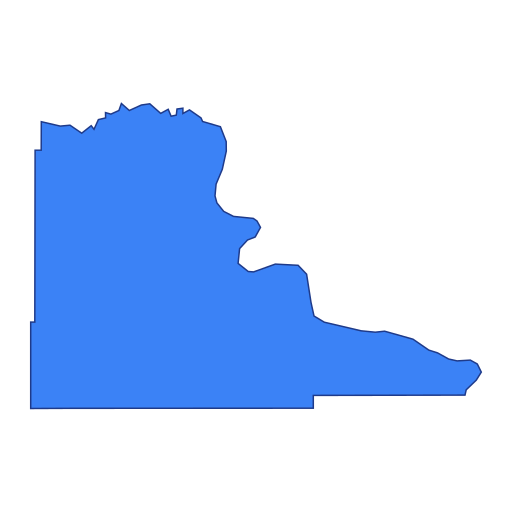 Stanley, South Dakota, United States of America (Mercator projection)
{"feature_id": "52423323B54523743279075", "entity_name": "Stanley", "entity_type": "district", "adm_level": 2, "iso_a3": "USA", "parent_name": "United States of America", "parent_adm1": "South Dakota", "projection": "mercator", "projection_center": [-100.59, 44.476], "detail": "fine", "context": "isolated", "style": "filled", "palette": "blue", "viewbox_px": 512, "rotation_deg": 0, "n_neighbors": 0, "source": "geoboundaries", "source_scale": "gbopen_adm2", "svg_char_len": 983}
<svg xmlns="http://www.w3.org/2000/svg" viewBox="0 0 512 512"><path d="M465.0,395.1L466.2,389.8L476.3,380.1L481.3,372.1L477.3,364.0L470.3,360.1L457.1,360.9L448.6,359.0L437.6,352.9L428.8,350.1L413.0,339.2L384.6,331.2L375.3,332.2L361.0,330.8L324.3,322.2L314.0,316.0L311.0,302.4L306.6,274.2L298.1,265.3L275.3,264.1L253.6,271.9L248.2,271.5L238.1,263.4L239.6,248.6L247.5,240.0L255.2,237.0L260.5,227.4L257.0,221.0L253.3,218.4L233.5,216.4L223.7,211.4L216.9,202.9L215.0,195.9L216.1,184.1L222.3,169.3L226.3,151.1L226.2,141.6L220.4,126.7L202.6,121.5L201.0,117.9L189.5,109.9L182.9,113.5L182.9,108.2L177.0,109.0L176.3,115.1L171.1,116.2L168.2,109.3L160.7,113.4L149.8,103.8L141.4,105.0L129.3,110.5L121.4,103.5L118.9,110.5L110.9,114.1L105.5,112.6L105.6,117.9L98.4,119.6L94.0,129.3L91.2,125.7L81.7,133.2L70.0,125.2L60.3,126.1L41.3,121.7L41.2,150.2L35.1,150.2L34.8,322.1L30.7,322.1L30.7,408.5L73.1,408.3L313.3,408.2L313.3,395.4L465.0,395.1Z" fill="#3b82f6" stroke="#1e3a8a" stroke-width="1.5"/></svg>